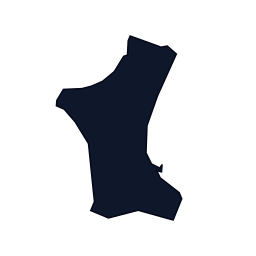 Chester, Tennessee, United States of America (Robinson projection), rotated 292°
{"feature_id": "52423323B69981881388285", "entity_name": "Chester", "entity_type": "district", "adm_level": 2, "iso_a3": "USA", "parent_name": "United States of America", "parent_adm1": "Tennessee", "projection": "robinson", "projection_center": [-88.588, 35.42], "detail": "fine", "context": "isolated", "style": "filled", "palette": "ink", "viewbox_px": 256, "rotation_deg": 292, "n_neighbors": 0, "source": "geoboundaries", "source_scale": "gbopen_adm2", "svg_char_len": 555}
<svg xmlns="http://www.w3.org/2000/svg" viewBox="0 0 256 256"><g transform="rotate(292 128 128)"><path d="M214.7,145.1L218.7,133.7L215.3,128.3L214.1,95.6L209.0,95.5L195.4,100.2L192.9,97.2L175.2,94.2L161.8,87.0L152.9,78.2L147.3,70.6L139.6,53.7L127.0,51.7L121.8,53.3L121.6,61.7L113.9,76.7L98.8,97.2L47.1,124.5L37.5,124.4L37.3,143.6L55.5,168.1L59.6,204.3L82.5,204.3L87.2,199.7L93.8,176.5L99.2,170.7L99.9,175.5L106.9,173.3L102.7,172.5L103.5,163.2L111.7,154.0L137.3,144.7L168.6,143.3L214.7,145.1Z" fill="#0f172a" stroke="#020617" stroke-width="1.5"/></g></svg>